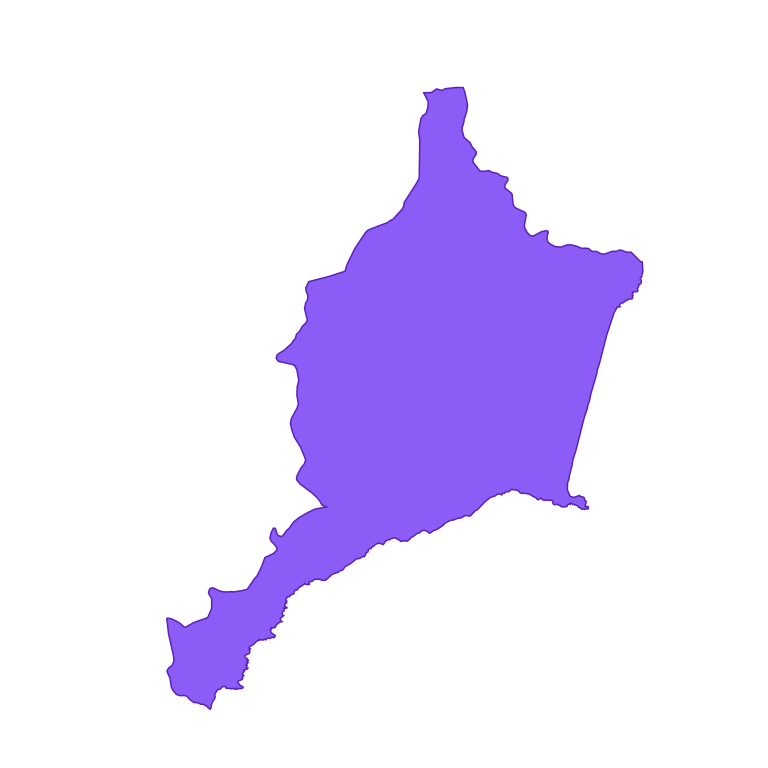 outline of Ilo, Moquegua, Peru, rotated 256°
{"feature_id": "86281439B75431659471329", "entity_name": "Ilo", "entity_type": "district", "adm_level": 2, "iso_a3": "PER", "parent_name": "Peru", "parent_adm1": "Moquegua", "projection": "orthographic", "projection_center": [-71.301, -17.537], "detail": "fine", "context": "isolated", "style": "filled", "palette": "violet", "viewbox_px": 768, "rotation_deg": 256, "n_neighbors": 0, "source": "geoboundaries", "source_scale": "gbopen_adm2", "svg_char_len": 6171}
<svg xmlns="http://www.w3.org/2000/svg" viewBox="0 0 768 768"><g transform="rotate(256 384 384)"><path d="M657.0,493.0L647.1,495.2L641.6,493.4L636.3,490.2L635.1,486.7L632.5,484.0L620.9,478.8L611.6,477.6L575.8,468.1L573.9,466.9L569.9,463.1L555.2,447.4L552.1,446.3L549.4,444.2L541.5,432.3L541.2,430.0L539.8,426.7L537.6,408.1L536.9,405.1L535.3,402.5L522.5,388.5L508.8,377.0L502.8,373.4L501.7,356.6L501.5,335.7L496.2,331.4L493.2,330.9L489.3,331.5L486.6,331.1L484.3,330.2L481.6,327.6L476.3,325.1L464.6,325.1L462.2,323.2L459.8,318.9L455.5,314.7L453.4,311.1L449.4,308.9L448.2,306.7L446.0,304.7L441.0,295.5L438.9,288.9L437.6,286.9L435.4,285.8L432.5,286.4L431.4,287.2L425.1,299.9L423.1,302.0L418.5,302.9L408.1,302.2L402.2,299.1L397.0,297.5L393.6,296.7L385.4,296.1L381.5,293.7L372.8,285.7L368.5,283.7L361.6,283.5L354.0,284.2L342.7,287.8L329.6,289.7L325.9,287.5L322.1,282.6L316.3,277.6L313.9,276.3L311.8,276.2L307.2,278.4L295.7,287.8L289.5,291.8L285.0,293.7L281.7,294.4L278.7,298.3L279.3,286.6L277.9,279.7L274.9,269.2L272.0,263.0L267.0,257.2L265.4,254.0L261.4,249.3L260.8,247.7L262.4,244.7L264.9,243.9L270.2,243.7L270.9,241.8L267.3,238.7L262.1,236.0L258.8,236.5L253.2,239.7L250.5,240.3L249.2,240.1L247.6,238.1L246.2,235.5L244.4,226.5L236.1,220.8L228.6,214.5L226.3,211.1L217.9,201.7L217.9,195.6L218.6,187.9L219.6,185.4L219.9,182.4L221.3,177.6L223.2,174.1L227.2,169.4L227.9,167.5L227.4,165.4L224.4,163.3L221.7,163.5L217.9,164.9L208.1,162.6L200.5,156.8L199.9,155.7L198.5,141.4L196.0,132.6L196.7,131.2L201.4,128.0L204.2,125.1L207.4,121.2L209.2,117.7L209.0,116.5L193.6,114.5L172.1,114.0L166.3,113.3L162.3,110.6L160.8,106.8L159.4,105.1L157.5,103.9L150.1,105.2L141.7,104.3L137.9,105.1L132.9,107.6L130.9,110.7L130.1,114.6L128.8,117.2L125.1,119.0L121.2,122.1L119.5,126.5L117.7,128.6L116.7,131.6L113.3,134.8L112.2,135.0L110.4,136.6L111.8,137.9L116.0,139.7L119.8,143.7L121.6,144.6L123.1,144.5L124.3,145.1L127.6,148.6L127.6,151.4L129.2,153.6L129.2,155.6L128.8,157.0L127.4,157.0L126.7,157.6L126.3,160.0L125.1,162.1L125.1,164.0L124.0,165.3L123.6,167.3L124.5,167.1L123.2,170.1L123.0,172.9L123.5,173.8L124.6,173.6L126.4,171.5L130.1,169.9L130.9,170.7L131.7,174.9L133.3,176.0L134.8,176.0L135.0,177.3L137.3,176.5L139.0,178.9L140.3,178.7L140.5,182.3L141.2,183.2L142.0,181.7L144.0,183.1L144.7,182.1L146.1,184.2L146.7,183.8L146.9,184.7L147.4,184.1L148.0,184.5L148.5,184.2L148.7,185.5L150.7,184.7L152.7,182.9L153.7,183.0L154.5,184.1L155.1,188.2L156.9,189.2L158.4,188.8L159.3,190.3L160.6,189.1L161.7,190.3L162.8,194.1L165.5,198.9L165.5,201.0L166.2,201.0L164.8,204.6L165.2,206.6L164.3,207.5L165.7,209.7L164.7,212.0L165.4,214.3L164.4,215.6L164.9,216.8L165.5,216.9L166.1,217.7L170.3,214.2L171.4,214.4L172.6,213.9L173.5,215.6L174.9,215.7L174.0,217.9L174.3,219.7L176.4,221.2L178.1,225.2L178.1,227.5L178.9,226.6L181.6,226.6L183.5,230.7L184.3,229.9L186.6,229.8L187.6,230.5L187.9,232.0L189.2,232.7L190.6,232.5L190.1,234.9L190.3,235.7L190.9,235.6L192.2,233.9L195.0,235.1L195.1,236.5L196.3,236.3L196.7,237.2L198.0,236.2L198.5,236.3L201.0,239.2L200.4,240.5L201.8,242.5L202.4,246.0L203.5,246.0L205.4,248.1L205.2,250.4L206.0,250.5L206.8,251.6L208.9,257.9L209.9,258.6L208.2,260.1L207.6,262.6L207.8,263.3L209.3,263.1L210.1,263.7L209.9,266.6L211.4,269.6L210.0,274.4L208.6,276.4L207.7,279.2L208.3,281.1L212.0,287.8L212.4,294.1L213.4,295.8L213.4,298.8L216.2,302.0L217.7,307.8L221.0,315.0L220.6,317.9L221.7,322.1L221.2,323.3L224.6,326.1L225.0,327.8L227.3,329.0L227.7,330.1L227.4,331.7L228.7,332.8L229.3,335.2L230.5,336.9L230.8,340.5L228.4,344.5L231.0,347.4L232.0,350.5L231.4,352.0L232.2,352.7L232.2,357.2L228.7,361.3L227.2,362.1L227.2,364.4L225.9,368.6L227.0,371.2L228.7,373.4L228.9,375.2L231.1,380.5L230.9,382.4L232.0,384.3L232.6,386.8L231.1,389.8L228.4,391.8L228.1,392.5L229.5,395.8L230.3,400.9L232.7,407.5L234.2,409.5L235.6,415.4L235.2,419.1L235.7,421.8L235.5,427.5L236.4,429.1L236.5,431.9L235.0,435.7L238.9,441.7L239.3,444.0L245.3,453.5L247.8,458.9L248.4,460.8L248.5,465.0L249.3,466.2L249.7,469.0L247.9,471.5L249.2,472.8L248.9,474.4L249.8,476.3L249.4,479.3L251.1,482.6L249.9,484.1L249.1,487.0L247.1,489.3L245.8,489.4L244.6,491.2L243.8,494.4L241.9,498.5L241.0,499.1L240.7,500.1L238.8,501.3L237.2,503.6L234.7,505.0L234.4,506.2L235.4,508.7L233.2,510.0L231.9,512.9L232.3,514.3L231.6,514.8L230.9,516.6L230.8,518.3L229.8,519.3L226.9,519.0L225.6,520.3L225.3,523.3L221.9,526.6L221.0,529.5L221.0,532.0L222.9,533.5L222.1,535.6L223.1,535.5L223.4,536.2L222.7,537.5L221.4,537.9L221.2,539.1L219.0,542.4L217.6,542.7L215.5,545.4L214.7,545.5L214.6,546.9L213.7,548.5L214.6,549.6L213.5,550.7L213.5,551.9L215.3,552.6L215.2,552.0L215.9,551.7L216.9,549.6L220.7,551.7L221.8,551.5L222.6,550.8L225.7,550.6L227.4,547.4L228.6,546.8L228.0,540.8L230.2,537.3L236.9,536.3L243.5,538.1L247.5,540.8L249.8,541.5L259.9,547.0L264.4,548.8L273.4,554.3L302.9,570.1L311.6,575.7L314.5,576.8L318.0,579.3L324.3,582.3L343.0,593.2L344.9,593.7L351.8,598.0L377.9,612.1L391.4,620.6L397.3,624.4L402.1,628.8L401.9,631.8L403.2,631.4L404.6,632.6L405.2,634.6L404.9,636.1L406.1,637.7L406.5,640.7L407.3,642.2L406.7,644.2L406.8,645.9L408.8,646.2L409.3,647.0L410.8,646.5L411.6,647.4L413.1,647.2L412.4,652.1L413.4,653.0L415.4,653.0L417.6,655.1L418.8,655.1L419.2,657.4L420.8,658.4L422.5,658.6L424.3,658.1L425.3,658.8L425.5,660.0L427.8,660.8L430.1,662.3L439.8,664.1L441.0,662.3L452.2,655.6L453.1,651.4L456.7,646.2L457.0,644.4L456.5,641.8L457.5,637.8L456.7,628.8L458.3,625.5L461.1,622.4L462.6,617.6L465.8,615.4L467.0,612.6L467.8,608.7L471.1,604.2L473.9,599.0L474.7,595.2L474.0,589.0L475.8,583.5L479.2,579.5L482.2,577.3L486.5,577.4L491.7,580.1L492.8,579.9L493.5,578.7L493.7,573.8L491.5,564.6L492.5,561.9L496.4,559.6L501.7,558.2L504.5,558.8L513.8,563.0L516.3,562.5L522.6,554.8L524.3,553.4L527.3,552.7L537.0,554.2L538.6,553.6L545.3,548.5L547.8,549.5L551.6,553.4L553.4,554.0L554.5,553.8L557.6,547.9L561.0,544.8L563.1,540.4L565.7,537.5L566.3,531.6L567.4,528.7L577.1,524.3L580.2,524.4L584.5,528.8L586.3,529.7L588.5,529.1L593.5,526.6L597.3,526.0L603.8,521.3L611.5,521.2L613.8,521.9L618.9,524.9L621.4,525.8L628.8,530.4L634.8,532.6L647.9,533.1L652.5,532.5L654.2,525.9L655.7,515.1L654.9,511.1L657.6,506.4L655.3,500.4L657.0,493.0Z" fill="#8b5cf6" stroke="#5b21b6" stroke-width="1.5"/></g></svg>